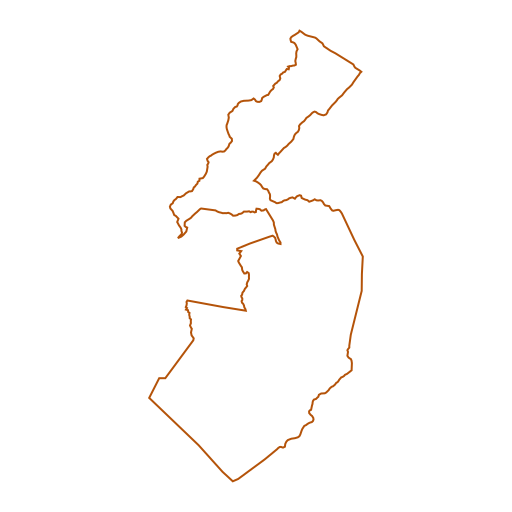 outline of Morada Nova, Ceará, Brazil
{"feature_id": "56859067B80919104453248", "entity_name": "Morada Nova", "entity_type": "district", "adm_level": 2, "iso_a3": "BRA", "parent_name": "Brazil", "parent_adm1": "Ceará", "projection": "robinson", "projection_center": [-38.436, -4.973], "detail": "fine", "context": "isolated", "style": "outline", "palette": "amber", "viewbox_px": 512, "rotation_deg": 0, "n_neighbors": 0, "source": "geoboundaries", "source_scale": "gbopen_adm2", "svg_char_len": 6045}
<svg xmlns="http://www.w3.org/2000/svg" viewBox="0 0 512 512"><path d="M285.3,443.8L286.4,441.6L287.8,440.1L289.8,439.3L291.4,438.7L294.9,438.2L297.9,437.3L299.4,436.2L300.3,434.5L301.7,430.4L302.4,428.8L304.3,425.9L306.2,425.0L307.4,424.0L308.9,423.1L310.3,422.5L311.8,422.1L312.9,421.1L313.5,419.6L313.3,418.0L312.1,416.0L310.7,414.9L309.2,413.1L309.1,411.3L309.9,410.3L311.1,409.8L312.0,405.5L312.5,403.9L312.6,402.6L312.9,401.1L313.9,399.6L316.1,398.9L317.3,397.6L318.3,396.8L318.9,394.8L321.2,393.5L324.8,393.3L326.2,392.5L328.6,390.2L329.7,388.5L331.6,386.8L333.0,386.3L334.9,384.7L336.3,382.8L337.5,382.2L338.4,381.1L339.3,379.6L340.3,378.5L341.2,377.4L342.6,376.9L344.0,376.0L345.0,374.8L347.0,373.9L351.6,370.3L351.9,363.1L351.5,360.5L350.8,359.0L349.7,358.4L348.5,357.5L347.4,355.8L348.0,351.9L347.4,350.2L348.2,348.9L349.3,347.6L349.3,345.6L350.8,334.7L361.7,290.9L361.9,273.9L362.8,256.5L354.3,239.9L341.9,213.5L340.7,211.7L339.4,210.2L338.1,209.8L335.8,210.2L333.3,210.8L332.1,210.4L330.6,208.5L329.2,206.1L325.3,205.5L323.9,204.0L323.1,202.4L321.8,200.9L320.4,200.2L318.2,200.5L316.4,200.3L314.7,199.3L313.3,200.2L311.6,200.9L309.2,201.7L307.5,200.2L305.1,199.6L301.7,198.0L301.1,195.7L299.7,195.2L297.1,196.2L295.7,197.6L294.9,198.7L292.5,197.4L290.7,197.8L289.2,198.3L288.0,199.3L286.3,200.1L284.3,200.4L283.0,201.1L281.7,202.2L280.5,202.4L278.0,203.1L276.4,203.1L275.1,202.2L270.5,200.2L269.9,198.8L270.1,196.0L269.9,194.2L268.8,192.3L268.3,190.9L267.0,189.2L265.3,189.1L263.3,188.5L262.0,186.8L261.1,185.2L259.7,183.8L257.9,182.5L256.1,181.4L254.0,180.7L257.0,177.7L258.9,175.1L260.6,172.4L262.0,170.7L265.1,168.7L266.3,166.5L268.1,164.5L269.2,163.1L271.8,161.2L273.0,159.4L273.8,157.4L274.0,155.2L274.6,153.6L275.8,152.8L276.8,153.9L277.9,154.8L279.1,153.2L280.3,152.0L283.9,148.0L285.6,147.0L287.3,145.6L288.6,144.0L291.3,141.6L293.4,139.0L293.8,137.1L294.4,135.4L295.2,134.1L296.5,132.8L297.8,131.9L298.8,130.2L299.3,128.0L299.0,126.1L300.0,124.5L302.4,122.3L304.0,121.2L305.2,119.7L306.4,117.9L308.6,116.4L310.2,115.1L312.0,113.1L313.4,112.1L314.6,111.6L316.1,112.1L317.5,113.3L318.9,114.0L321.6,114.9L323.6,115.3L326.1,114.4L327.4,112.5L328.0,110.5L329.3,109.0L332.0,105.5L335.5,102.0L336.9,100.3L337.7,99.0L339.1,97.7L342.1,95.3L344.1,92.6L347.0,89.2L349.2,87.4L351.9,84.7L353.5,82.1L357.6,76.4L359.0,74.8L359.8,73.2L361.3,71.8L359.7,70.5L355.3,67.8L354.4,66.6L353.4,64.5L352.0,63.6L335.4,53.3L330.6,50.8L323.9,46.3L323.1,44.6L322.4,43.3L319.6,41.4L316.5,38.5L315.3,37.7L313.6,37.2L308.0,35.8L306.6,35.3L305.2,34.7L304.1,33.9L301.5,31.9L299.5,30.7L298.7,32.3L294.6,35.0L293.1,35.8L291.3,37.1L290.4,38.6L290.6,40.1L291.2,41.9L292.9,42.3L294.4,43.0L295.7,44.7L297.6,49.2L296.5,51.4L296.2,53.4L296.3,55.1L296.3,57.1L295.8,58.6L295.3,61.0L295.7,62.9L295.9,64.7L294.4,65.5L292.9,65.6L291.2,66.1L289.7,66.1L288.1,66.6L289.0,67.8L288.7,69.3L286.8,69.0L285.9,70.3L285.0,71.8L283.1,72.5L282.1,73.7L280.7,74.4L279.7,76.0L280.3,78.4L279.6,80.1L277.9,81.4L276.8,82.8L275.3,83.6L273.2,86.0L273.8,87.4L273.0,89.0L271.6,90.0L270.2,91.5L268.2,94.9L266.9,95.1L263.5,96.9L262.1,98.1L261.8,99.6L261.2,101.1L259.4,101.9L257.3,101.8L255.9,101.1L255.0,99.6L253.6,98.5L251.4,100.1L248.5,100.6L243.8,100.8L240.9,101.5L238.8,102.9L237.8,104.1L237.5,105.5L236.7,106.6L235.3,106.9L233.5,108.7L232.4,111.0L229.7,112.7L228.3,114.7L228.8,117.6L228.3,120.3L227.2,123.7L226.6,125.1L226.5,127.0L226.8,128.9L227.4,130.7L228.5,133.9L229.4,135.6L229.7,136.8L231.8,138.7L232.0,141.0L230.8,142.6L229.5,143.7L228.5,146.6L227.3,148.2L226.3,149.1L225.4,150.4L224.1,151.5L222.4,151.7L220.6,151.4L218.2,151.8L215.9,152.7L213.7,153.8L212.0,154.8L210.9,155.7L209.7,156.2L208.4,157.3L207.0,158.9L207.6,160.9L208.6,162.2L208.2,163.5L207.3,164.9L207.6,166.8L206.8,171.6L205.9,173.7L204.1,176.6L202.8,178.1L199.5,178.7L199.4,180.8L197.8,181.7L197.4,183.6L195.8,185.2L195.0,186.5L193.8,187.4L193.2,189.2L192.0,191.1L190.6,191.4L189.2,191.4L186.0,193.3L183.7,195.5L181.9,196.3L180.5,197.1L177.5,197.0L176.7,198.1L175.7,199.2L174.5,200.0L173.4,201.4L172.7,203.3L170.8,204.6L169.9,206.7L170.4,208.5L172.6,210.9L173.4,212.8L174.2,215.0L175.8,215.9L178.5,218.7L177.2,222.0L179.0,225.4L180.6,227.6L181.4,229.4L181.4,230.9L182.0,232.5L181.7,234.0L179.4,236.3L177.9,238.1L181.3,236.6L183.5,234.7L186.3,231.5L187.2,227.6L185.7,226.9L184.6,225.9L184.8,222.3L186.3,220.8L189.7,218.7L191.2,217.6L192.1,216.4L195.3,213.4L197.0,212.0L199.9,209.2L201.1,208.5L215.5,210.4L217.3,211.5L219.0,212.2L221.1,212.7L222.8,213.2L224.8,213.1L226.4,213.2L228.3,212.8L230.0,213.5L231.6,214.4L233.1,215.7L235.2,215.6L237.3,215.1L239.0,213.9L240.5,213.8L241.7,213.4L242.9,212.5L243.9,211.6L247.0,211.6L249.1,211.3L250.7,212.2L251.9,211.6L253.3,211.7L254.6,212.4L255.9,212.0L256.0,210.5L256.5,208.7L258.5,208.9L259.8,209.2L261.4,210.7L263.6,210.4L264.8,209.5L266.0,209.1L273.0,220.5L273.8,222.4L273.9,224.7L275.3,229.1L275.6,231.1L276.2,232.8L277.0,234.4L277.5,236.6L278.2,238.2L279.1,240.3L280.5,242.5L280.5,244.0L278.1,243.5L276.7,242.6L275.9,240.9L275.6,239.4L275.1,237.8L273.8,236.5L272.6,235.7L269.4,236.7L250.0,243.5L237.2,248.7L237.2,250.4L241.2,251.1L239.3,253.6L240.9,256.0L238.2,261.0L238.8,262.5L240.9,265.9L241.9,267.3L242.2,269.9L242.9,271.4L244.3,273.5L245.9,273.4L247.1,272.0L248.7,273.1L249.0,275.0L248.9,276.8L249.0,278.8L248.2,280.7L247.3,282.2L246.7,284.3L247.2,286.0L246.1,287.4L244.9,288.8L243.9,291.0L242.5,292.6L242.1,294.7L241.2,295.9L241.6,297.3L242.3,298.4L242.3,300.0L241.6,301.1L242.0,302.7L243.1,303.7L244.0,305.5L244.3,307.3L245.4,309.1L245.8,310.7L223.4,307.1L187.4,300.5L186.5,302.0L186.8,303.4L186.5,305.5L185.8,307.1L187.0,308.0L186.0,309.6L188.0,310.2L188.2,312.0L189.5,312.9L189.2,314.8L189.7,316.7L189.7,318.2L191.0,319.4L190.8,320.9L190.9,323.2L190.0,325.5L191.0,327.6L191.8,328.8L191.0,332.5L191.6,335.4L193.7,338.3L193.3,340.3L165.3,378.2L159.2,378.2L149.2,397.9L198.6,445.2L222.5,471.8L232.8,481.3L238.1,479.0L264.7,459.4L277.2,449.1L278.1,448.1L279.7,447.0L280.9,446.9L283.0,447.6L284.9,446.7L285.3,443.8Z" fill="none" stroke="#b45309" stroke-width="2"/></svg>